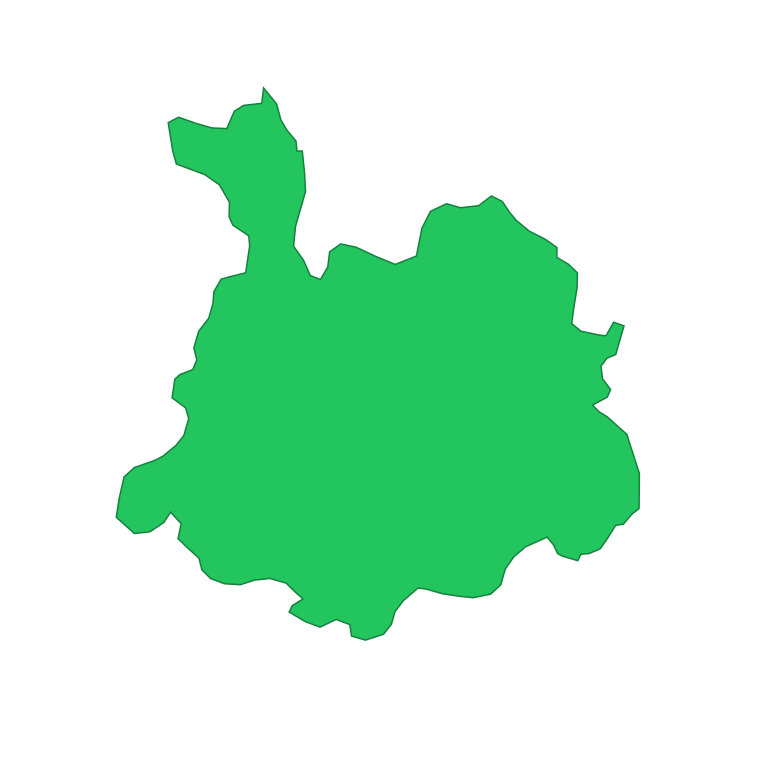 Sangju-si, North Gyeongsang, South Korea, rotated 16°
{"feature_id": "91817680B21539665501577", "entity_name": "Sangju-si", "entity_type": "district", "adm_level": 2, "iso_a3": "KOR", "parent_name": "South Korea", "parent_adm1": "North Gyeongsang", "projection": "robinson", "projection_center": [128.043, 36.44], "detail": "fine", "context": "isolated", "style": "filled", "palette": "green", "viewbox_px": 768, "rotation_deg": 16, "n_neighbors": 0, "source": "geoboundaries", "source_scale": "gbopen_adm2", "svg_char_len": 2030}
<svg xmlns="http://www.w3.org/2000/svg" viewBox="0 0 768 768"><g transform="rotate(16 384 384)"><path d="M104.5,192.3L116.6,218.1L123.8,229.8L138.3,230.9L154.0,232.1L170.9,237.9L185.4,252.0L189.0,266.0L195.0,273.0L213.2,278.9L216.8,288.3L220.4,315.2L208.3,322.2L198.6,328.0L195.0,342.1L197.4,353.8L197.4,369.0L191.3,384.3L191.3,401.8L197.4,412.4L196.2,422.9L185.3,431.1L181.6,437.0L184.1,455.7L199.8,461.6L205.8,471.0L205.8,478.0L205.8,488.6L201.0,500.3L191.3,514.4L185.2,520.2L167.1,533.1L159.8,544.9L160.2,552.8L161.0,567.2L163.4,585.9L185.2,596.5L199.7,590.6L210.6,577.7L214.2,566.0L227.5,574.2L228.7,589.5L239.6,595.3L254.1,602.4L260.2,612.9L271.0,618.8L285.6,620.0L301.3,616.5L313.4,608.3L327.9,602.4L344.8,602.4L355.7,608.3L365.4,612.9L356.9,622.3L355.7,629.4L373.9,634.1L389.6,635.3L402.9,623.5L417.4,624.7L422.3,635.3L436.8,635.3L452.5,624.7L456.6,614.8L457.3,612.9L457.3,600.0L462.2,587.1L473.0,570.7L481.5,569.5L498.4,569.5L515.4,567.2L528.7,564.8L544.4,556.6L551.6,544.9L551.6,528.4L556.4,514.4L564.9,501.5L583.0,486.2L591.5,492.1L597.5,499.1L602.4,500.3L619.0,500.4L620.2,493.4L628.0,490.4L637.2,482.9L641.1,471.7L645.7,455.9L652.7,452.9L658.1,440.9L663.5,433.4L654.2,399.7L631.3,365.5L621.6,360.8L607.1,353.8L598.6,351.5L590.2,346.8L602.2,335.1L603.4,326.9L592.6,318.7L587.7,307.0L591.3,297.6L598.6,291.8L598.7,262.0L587.7,261.3L584.1,276.5L576.8,277.7L558.7,278.9L547.8,274.2L545.4,257.8L543.0,237.9L539.3,223.9L528.5,218.1L515.2,214.6L512.7,205.2L499.5,200.5L481.3,197.0L465.6,190.0L457.2,184.2L447.5,176.0L435.4,173.6L425.8,186.5L408.9,193.5L394.4,193.5L381.1,205.2L377.5,223.9L379.9,252.0L361.8,266.0L341.2,263.7L319.5,260.2L303.8,261.3L295.3,271.9L297.7,287.1L294.1,301.1L283.2,300.0L272.4,287.1L259.1,276.5L255.5,256.7L255.5,246.1L255.5,232.1L255.5,220.4L249.4,202.9L241.2,182.5L236.2,184.2L232.5,174.8L220.5,166.6L212.0,158.4L203.6,144.4L186.7,132.7L189.1,147.9L172.2,154.9L164.9,163.1L162.5,181.8L148.0,185.3L131.1,185.3L113.0,184.2L104.5,192.3Z" fill="#22c55e" stroke="#15803d" stroke-width="1.5"/></g></svg>